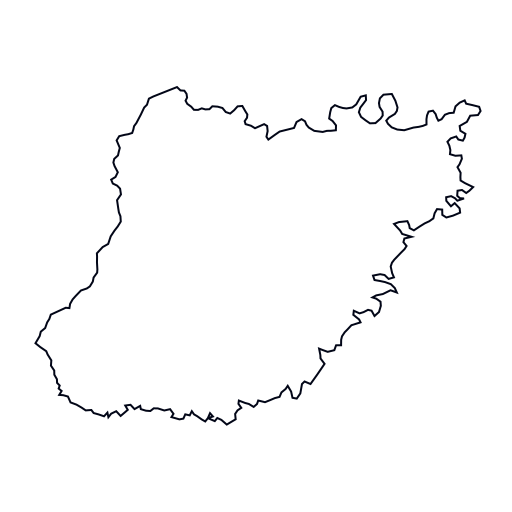 Santo Antônio da Platina, Paraná, Brazil, rotated 94°
{"feature_id": "56859067B54951123385144", "entity_name": "Santo Antônio da Platina", "entity_type": "district", "adm_level": 2, "iso_a3": "BRA", "parent_name": "Brazil", "parent_adm1": "Paraná", "projection": "natural_earth1", "projection_center": [-50.102, -23.287], "detail": "fine", "context": "isolated", "style": "outline", "palette": "ink", "viewbox_px": 512, "rotation_deg": 94, "n_neighbors": 0, "source": "geoboundaries", "source_scale": "gbopen_adm2", "svg_char_len": 4530}
<svg xmlns="http://www.w3.org/2000/svg" viewBox="0 0 512 512"><g transform="rotate(94 256 256)"><path d="M93.0,346.6L104.0,369.5L106.5,373.8L112.7,375.3L115.7,377.9L123.1,380.8L126.7,382.4L131.7,384.6L135.0,386.7L138.5,387.2L141.9,388.1L143.4,391.9L144.3,395.5L146.0,400.8L150.4,403.1L157.7,399.4L161.3,400.1L165.3,400.7L169.0,404.2L172.7,404.8L176.1,403.4L182.1,399.7L187.0,401.7L189.9,405.8L193.7,403.9L195.5,399.4L198.3,396.3L204.0,395.0L210.0,398.5L218.7,396.6L222.1,395.8L225.8,394.0L231.1,393.3L236.2,396.0L240.5,398.9L246.5,402.3L250.8,403.4L254.3,404.3L257.8,409.6L261.7,412.7L264.4,414.9L267.7,414.5L273.4,414.2L280.5,413.3L283.7,413.3L288.8,416.5L292.9,417.0L297.9,419.6L300.2,422.5L302.6,428.2L308.6,433.2L312.1,435.9L316.7,438.1L321.0,438.5L320.9,442.2L328.8,456.6L333.3,457.8L336.8,459.7L342.6,461.3L346.5,465.4L351.0,466.2L358.4,469.9L361.8,465.0L365.6,458.6L368.8,457.0L374.4,452.9L379.7,452.9L384.3,449.3L388.5,448.9L392.8,446.0L396.4,445.6L398.9,442.8L402.0,443.6L404.2,440.5L408.3,442.6L408.3,438.6L409.3,433.8L415.0,430.8L416.8,424.7L419.4,419.4L421.9,415.1L421.1,409.5L424.0,407.0L425.0,402.0L426.5,396.4L422.6,393.3L427.1,392.0L423.4,389.5L420.6,384.6L425.0,379.9L420.9,375.7L418.4,373.2L414.3,376.0L413.2,370.8L417.2,366.5L413.6,361.1L416.8,360.2L418.0,355.0L418.0,350.6L415.1,347.4L414.9,343.2L416.5,336.7L414.8,331.0L419.2,327.3L422.6,329.1L424.3,321.0L423.3,317.1L418.9,315.5L419.6,311.0L415.3,309.2L418.3,306.8L419.9,303.5L422.8,298.8L424.6,295.1L421.1,292.7L423.6,285.6L420.3,283.3L421.9,279.1L426.2,273.4L422.5,268.1L420.3,264.9L415.0,265.8L411.2,263.6L408.5,260.1L404.7,263.2L401.4,263.0L403.4,256.5L404.1,252.8L406.7,247.8L403.6,244.7L400.0,243.7L401.2,236.8L398.8,231.9L396.4,227.2L394.9,222.7L390.3,221.1L386.6,217.2L383.3,215.3L388.8,211.5L394.9,209.7L395.4,205.4L390.0,202.2L380.5,201.2L377.8,198.8L379.9,192.7L375.0,189.7L370.1,186.7L364.3,183.3L358.8,180.1L353.7,184.5L350.3,184.9L344.0,186.6L345.1,183.1L346.6,177.8L344.5,171.3L339.5,169.9L339.1,164.9L333.6,165.2L330.1,164.6L325.9,162.2L323.0,159.7L318.4,156.0L314.9,147.1L312.1,148.7L307.9,154.8L303.8,154.6L306.0,148.7L304.5,144.8L301.9,140.5L302.5,136.9L307.6,133.6L303.3,129.4L297.0,128.0L292.9,128.6L290.2,133.0L289.2,136.9L286.9,133.3L285.1,126.8L280.8,119.4L282.6,113.0L278.3,115.3L274.7,119.5L273.0,125.5L272.3,130.4L271.7,136.1L267.4,137.9L265.5,130.9L266.0,126.4L269.6,122.1L267.7,116.9L263.6,119.0L257.1,120.9L253.2,119.9L250.0,117.8L242.7,111.7L238.8,108.3L235.5,106.5L231.9,109.9L228.2,109.2L226.0,102.2L223.8,111.7L220.5,114.0L214.4,120.5L212.2,115.8L210.7,107.4L214.4,105.4L217.5,104.6L219.4,100.3L215.1,94.7L211.7,90.0L209.2,85.5L206.1,81.7L200.9,80.8L196.6,78.7L196.7,73.5L202.0,73.0L204.3,68.8L202.0,62.3L198.5,55.4L194.3,56.2L189.4,61.5L192.8,65.0L187.7,70.0L184.1,70.4L182.7,65.5L184.5,61.5L186.8,59.0L184.1,52.5L184.1,56.6L181.9,59.5L176.8,59.5L175.8,55.1L178.5,50.7L176.0,47.7L172.1,44.2L168.7,52.7L166.4,57.2L163.0,57.6L158.7,57.7L153.3,61.2L150.4,59.4L144.6,57.4L141.3,58.2L142.1,64.1L140.9,69.6L136.8,69.5L132.5,70.8L128.7,73.0L125.1,70.0L122.8,64.6L125.7,62.3L126.5,57.7L123.4,56.2L119.5,55.6L116.8,60.9L112.1,61.9L107.5,55.0L104.0,53.4L101.1,52.1L99.9,44.4L95.7,42.1L91.6,43.8L90.4,50.5L89.4,57.0L86.2,58.7L88.8,63.5L92.8,67.4L99.3,68.8L100.0,73.3L101.9,77.4L106.6,80.4L108.3,83.5L105.4,85.3L101.9,86.7L98.7,89.6L99.9,93.9L103.8,95.2L107.6,95.5L112.9,95.1L114.6,98.7L115.8,102.6L116.9,107.9L120.2,116.9L120.0,123.9L118.2,129.6L114.9,133.6L111.9,135.5L108.6,133.0L104.6,127.4L101.5,125.6L97.9,125.2L91.4,127.8L84.9,131.8L86.2,140.1L90.1,143.4L94.9,144.0L98.7,143.1L103.2,139.8L107.0,139.4L110.2,141.3L115.1,146.1L115.7,151.6L113.0,156.2L109.9,160.9L105.4,163.4L100.7,162.3L96.8,159.7L92.8,157.1L88.1,157.7L89.8,162.7L97.8,166.6L101.1,170.3L102.5,176.0L102.3,179.7L101.5,183.5L100.0,187.8L103.2,191.2L107.3,192.0L113.8,192.6L116.0,189.0L120.1,185.3L125.0,185.1L125.9,190.2L126.2,194.0L127.6,198.1L127.1,206.6L124.2,212.3L121.6,214.8L118.2,216.5L116.3,220.1L119.5,224.9L125.6,227.0L127.4,232.5L130.2,241.1L133.9,245.7L139.0,251.8L136.3,253.9L130.6,253.1L125.5,254.0L123.9,257.1L128.6,265.9L126.4,270.1L125.2,275.6L122.3,276.7L118.7,274.6L115.4,274.5L112.4,276.7L107.3,280.1L108.0,284.8L112.1,288.0L115.7,291.7L114.5,296.2L110.7,299.8L109.7,304.6L109.7,310.0L112.8,312.7L113.3,316.7L112.5,320.4L114.3,324.0L114.5,328.1L111.6,331.0L109.0,335.2L106.0,337.1L102.8,335.8L99.1,336.6L96.1,339.0L96.1,342.9L93.0,346.6ZM421.1,292.7L416.0,290.9L419.1,287.8L421.1,292.7Z" fill="none" stroke="#020617" stroke-width="2"/></g></svg>